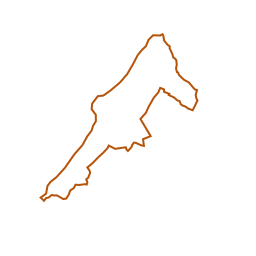 Loíza, Puerto Rico (orthographic projection), rotated 293°
{"feature_id": "32010507B12754205522862", "entity_name": "Loíza", "entity_type": "district", "adm_level": 2, "iso_a3": "PRI", "parent_name": "Puerto Rico", "parent_adm1": "", "projection": "orthographic", "projection_center": [-65.903, 18.42], "detail": "fine", "context": "isolated", "style": "outline", "palette": "amber", "viewbox_px": 256, "rotation_deg": 293, "n_neighbors": 0, "source": "geoboundaries", "source_scale": "gbopen_adm2", "svg_char_len": 1720}
<svg xmlns="http://www.w3.org/2000/svg" viewBox="0 0 256 256"><g transform="rotate(293 128 128)"><path d="M117.8,149.6L123.6,146.2L128.5,151.2L129.4,152.0L141.2,135.9L149.2,138.6L151.6,138.6L155.7,138.7L165.8,139.9L172.6,142.0L177.5,142.0L177.6,146.1L175.4,147.1L175.6,152.7L174.3,152.6L174.1,158.3L172.7,162.7L172.9,165.1L170.6,167.1L170.0,169.0L170.2,172.1L169.4,175.8L169.6,180.6L174.1,180.9L180.5,181.2L182.0,179.3L185.2,177.3L189.6,176.8L190.0,176.4L189.6,175.4L189.8,174.0L193.7,166.2L194.3,160.5L195.9,156.3L196.9,154.0L198.7,152.4L198.6,151.2L201.7,148.9L205.2,148.2L209.1,146.1L210.2,144.4L210.5,142.3L213.5,139.8L217.7,135.1L219.6,134.5L220.0,131.9L222.7,127.0L226.2,124.8L227.3,123.9L227.8,123.1L225.7,121.4L223.1,114.8L219.5,113.4L219.3,113.3L217.4,112.5L215.2,112.5L212.7,112.5L210.2,112.5L205.0,110.2L203.1,109.7L199.0,108.5L196.8,108.3L188.0,107.6L184.3,107.1L178.2,106.3L177.1,106.2L173.9,105.1L169.3,103.7L167.6,103.1L166.5,102.7L155.8,97.3L155.2,96.9L148.3,92.7L146.9,90.3L146.8,90.0L145.5,87.8L140.1,86.4L136.3,85.5L133.5,86.4L133.2,86.5L131.1,87.2L127.6,93.2L121.6,95.8L116.4,95.0L111.2,95.5L104.6,93.8L94.3,92.7L82.8,88.9L66.7,85.5L54.9,81.4L48.0,77.7L43.4,76.5L36.6,78.0L35.6,78.3L34.8,77.8L29.8,74.8L28.8,77.5L28.5,78.4L28.3,78.9L28.2,79.1L31.5,80.0L33.0,82.1L36.6,84.0L37.0,86.4L38.2,88.8L37.3,96.2L38.9,98.7L43.3,99.5L47.2,99.3L48.3,99.4L51.4,101.5L55.3,101.9L56.5,105.3L59.6,110.6L59.8,112.1L62.2,111.8L64.4,109.6L66.7,110.8L71.9,110.7L73.6,109.4L75.8,106.0L81.7,109.1L90.3,112.4L95.1,114.7L101.7,117.1L104.3,117.1L103.8,124.3L109.4,133.5L107.6,135.0L106.8,136.9L111.9,138.7L113.4,138.4L116.8,139.1L117.4,140.9L117.2,147.0L117.8,149.6Z" fill="none" stroke="#b45309" stroke-width="2"/></g></svg>